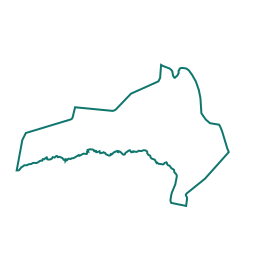 the State of Unity, rotated 99°
{"feature_id": "SDS-871", "entity_name": "Unity", "entity_type": "State", "adm_level": 1, "iso_a3": "SSD", "parent_name": "South Sudan", "parent_adm1": "", "projection": "mercator", "projection_center": [30.188, 8.676], "detail": "fine", "context": "isolated", "style": "outline", "palette": "teal", "viewbox_px": 256, "rotation_deg": 99, "n_neighbors": 0, "source": "natural_earth", "source_scale": "10m", "svg_char_len": 3430}
<svg xmlns="http://www.w3.org/2000/svg" viewBox="0 0 256 256"><g transform="rotate(99 128 128)"><path d="M185.0,60.5L185.9,60.0L186.6,59.3L187.9,58.8L188.7,58.6L195.9,58.4L195.2,73.6L194.3,74.1L193.5,74.6L192.5,74.8L187.4,74.8L184.6,74.5L176.5,72.5L168.6,72.2L167.4,72.4L166.4,72.9L165.7,73.6L165.1,74.5L164.4,75.3L163.5,75.6L162.3,75.9L161.8,76.6L161.0,78.7L160.4,79.5L159.5,80.2L158.8,81.0L158.5,82.5L157.8,83.6L156.6,84.0L155.9,84.7L156.7,86.3L157.4,86.8L157.9,87.0L158.3,87.3L158.5,88.3L158.5,92.5L158.2,93.0L157.8,93.4L157.6,93.8L158.1,94.2L157.3,95.0L156.4,95.6L155.5,96.2L154.9,97.4L154.6,99.5L154.3,100.2L153.6,101.0L153.1,101.3L152.2,101.6L151.9,101.8L151.7,102.2L151.5,103.3L151.4,103.6L150.2,104.9L149.8,105.0L148.8,105.2L148.4,105.4L147.9,105.9L147.5,106.8L147.4,107.8L147.5,108.9L147.8,109.7L148.6,111.0L148.8,112.0L148.8,112.5L148.7,113.4L148.8,113.8L149.1,114.3L149.9,115.1L150.2,115.6L150.3,116.7L150.2,119.0L150.6,120.0L151.0,119.6L151.4,120.6L151.1,121.4L150.5,122.1L149.7,122.7L150.1,123.6L150.7,124.3L153.2,126.7L153.7,126.9L154.1,126.9L154.6,127.1L154.9,127.6L155.0,128.6L154.5,129.5L153.2,131.1L152.9,131.8L152.6,132.6L152.4,133.4L152.3,134.2L152.7,134.2L152.8,134.0L152.7,133.6L152.7,133.3L153.4,133.8L153.3,134.3L153.0,135.0L152.7,135.8L153.0,136.4L153.9,137.3L154.1,138.0L154.4,138.3L156.3,139.6L156.3,139.8L156.2,140.7L156.3,140.9L156.5,141.0L157.4,140.9L157.6,140.9L158.2,142.2L158.1,143.1L157.8,144.0L157.4,145.7L157.0,146.1L156.6,146.3L156.3,146.6L155.8,148.4L156.5,149.0L156.8,150.9L157.2,151.5L155.9,152.3L155.4,152.5L156.7,154.6L156.8,155.6L155.6,156.0L155.6,156.3L156.1,157.1L156.2,157.8L155.2,158.2L154.8,159.5L155.0,162.3L155.9,164.3L157.6,163.5L157.6,164.7L158.2,164.7L159.0,164.4L159.7,164.4L160.2,165.1L160.2,166.0L160.2,167.0L160.3,167.9L161.1,169.1L162.4,170.6L163.1,171.8L162.4,172.4L166.2,176.9L166.9,179.2L167.5,179.6L167.6,180.1L167.6,181.9L168.1,182.4L169.0,182.9L169.4,183.3L168.6,183.9L168.6,184.4L169.1,184.4L170.3,184.8L170.0,184.9L169.7,185.0L169.4,185.1L169.0,185.2L169.0,185.6L169.5,186.1L169.4,186.6L168.9,187.0L168.6,187.4L168.2,187.9L167.9,188.2L167.7,188.6L167.2,191.5L167.8,192.7L167.4,193.1L166.9,193.5L166.8,194.1L167.1,194.6L168.1,195.4L168.6,195.8L168.6,196.4L168.6,197.1L168.6,197.8L170.1,198.4L170.9,199.4L171.4,200.6L171.6,201.8L171.6,202.6L171.3,203.1L170.9,203.3L170.1,203.4L169.7,203.7L170.2,204.3L170.8,204.9L171.1,205.1L171.3,205.4L172.1,206.0L172.1,206.3L172.0,207.0L172.1,207.3L172.6,207.5L173.1,207.5L173.6,207.6L173.8,208.4L174.2,209.7L176.2,211.8L176.9,213.1L177.2,215.7L177.6,216.7L178.7,217.9L179.1,219.7L179.7,220.9L180.3,221.7L180.7,222.5L181.0,224.5L181.3,224.9L182.1,225.5L183.5,227.2L186.5,228.9L187.0,229.6L187.2,230.8L187.3,231.3L156.4,230.5L148.9,228.1L128.5,185.9L127.8,185.0L126.7,184.5L125.6,184.3L115.8,183.5L113.5,145.8L112.9,144.5L111.9,143.1L93.6,130.4L77.2,105.3L73.6,104.1L60.5,105.2L61.2,103.4L62.7,96.4L63.8,94.4L65.1,93.1L68.1,92.1L69.5,91.5L70.8,90.4L71.1,89.9L71.1,89.6L70.5,89.2L69.6,88.4L69.1,87.9L68.0,87.3L67.4,87.0L66.7,86.9L66.2,86.7L65.7,86.6L65.2,86.7L64.7,86.8L64.2,86.9L63.8,87.0L63.4,86.9L63.0,86.6L62.5,86.4L62.0,86.4L61.2,86.2L60.3,84.6L60.1,82.2L60.2,79.5L61.5,77.0L65.6,72.9L70.4,69.1L71.7,68.1L79.6,63.9L87.3,61.1L102.0,57.8L107.4,52.6L110.4,47.9L110.5,38.5L112.5,37.0L116.0,34.8L133.1,26.5L136.0,24.7L151.1,34.4L166.1,44.1L183.1,59.5L184.1,60.2L185.0,60.5Z" fill="none" stroke="#0f766e" stroke-width="2"/></g></svg>